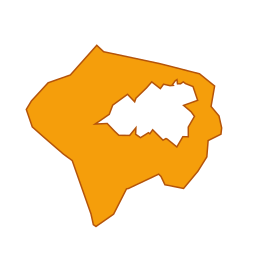 the district of Roanoke, Virginia, United States of America, rotated 346°
{"feature_id": "52423323B87249104839261", "entity_name": "Roanoke", "entity_type": "district", "adm_level": 2, "iso_a3": "USA", "parent_name": "United States of America", "parent_adm1": "Virginia", "projection": "albers", "projection_center": [-80.006, 37.266], "detail": "fine", "context": "isolated", "style": "filled", "palette": "amber", "viewbox_px": 256, "rotation_deg": 346, "n_neighbors": 0, "source": "geoboundaries", "source_scale": "gbopen_adm2", "svg_char_len": 1045}
<svg xmlns="http://www.w3.org/2000/svg" viewBox="0 0 256 256"><g transform="rotate(346 128 128)"><path d="M33.8,85.4L35.4,103.8L44.1,116.5L59.1,137.8L66.0,146.1L71.3,202.4L71.0,213.4L73.1,215.8L93.2,208.1L111.8,186.7L113.7,186.8L146.6,180.2L148.3,183.0L150.1,192.0L167.3,200.1L185.3,186.9L197.5,175.1L202.7,159.6L216.7,156.5L218.9,150.6L219.2,138.3L213.8,127.2L222.2,108.2L218.7,103.6L210.5,92.7L200.8,87.5L182.2,77.4L174.9,73.5L122.8,48.1L117.7,40.2L84.9,62.6L61.4,64.8L40.8,78.4L33.8,85.4ZM140.8,104.2L142.9,101.0L155.6,93.6L162.2,89.0L168.9,97.6L173.1,94.1L179.0,97.1L182.2,97.6L181.7,96.6L185.3,93.6L187.2,92.9L186.7,97.1L189.7,97.8L192.8,96.6L194.5,98.8L201.1,103.5L202.3,118.0L187.4,119.5L193.2,127.6L195.3,132.8L186.7,141.7L184.4,151.1L179.1,149.7L170.8,158.2L163.4,148.3L162.3,147.4L159.0,148.3L151.5,135.7L147.8,138.9L146.7,137.5L137.8,140.4L133.9,135.9L135.7,129.7L127.8,135.6L117.4,132.9L114.2,127.9L108.9,118.6L97.0,116.2L113.1,110.2L118.7,102.1L135.7,95.2L140.8,104.2Z" fill="#f59e0b" stroke="#b45309" stroke-width="1.5"/></g></svg>